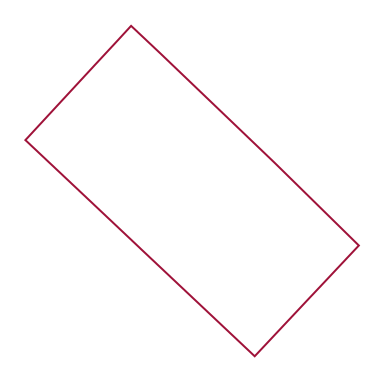 Telsen, Chubut, Argentina (orthographic projection), rotated 44°
{"feature_id": "61730980B58440268064680", "entity_name": "Telsen", "entity_type": "district", "adm_level": 2, "iso_a3": "ARG", "parent_name": "Argentina", "parent_adm1": "Chubut", "projection": "orthographic", "projection_center": [-67.11, -42.441], "detail": "fine", "context": "isolated", "style": "outline", "palette": "rose", "viewbox_px": 384, "rotation_deg": 44, "n_neighbors": 0, "source": "geoboundaries", "source_scale": "gbopen_adm2", "svg_char_len": 363}
<svg xmlns="http://www.w3.org/2000/svg" viewBox="0 0 384 384"><g transform="rotate(44 192 192)"><path d="M351.2,266.6L350.1,186.7L349.9,168.0L349.4,131.6L349.2,115.2L349.2,114.6L230.9,113.6L72.6,114.3L32.8,114.8L32.8,115.8L33.3,136.4L33.9,168.2L36.1,270.4L114.6,269.4L192.6,268.5L194.7,268.5L351.2,266.6Z" fill="none" stroke="#9f1239" stroke-width="2"/></g></svg>